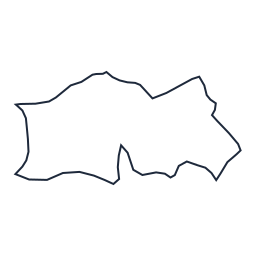 Baucau, Natural Earth projection
{"feature_id": "TLS-546", "entity_name": "Baucau", "entity_type": "District", "adm_level": 1, "iso_a3": "TLS", "parent_name": "East Timor", "parent_adm1": "", "projection": "natural_earth1", "projection_center": [126.475, -8.563], "detail": "fine", "context": "isolated", "style": "outline", "palette": "slate", "viewbox_px": 256, "rotation_deg": 0, "n_neighbors": 0, "source": "natural_earth", "source_scale": "10m", "svg_char_len": 877}
<svg xmlns="http://www.w3.org/2000/svg" viewBox="0 0 256 256"><path d="M15.9,104.6L20.4,104.0L35.5,103.7L49.0,101.5L55.9,97.5L70.7,85.4L81.4,81.9L92.5,74.7L96.2,74.0L102.9,73.8L106.4,72.0L112.5,77.1L119.6,80.4L127.4,82.3L135.2,82.9L140.1,84.9L152.5,98.4L166.3,93.0L192.1,79.0L199.2,76.7L204.3,85.4L206.7,95.1L210.4,99.6L215.8,103.3L214.9,109.9L212.0,115.1L217.1,120.8L228.9,133.1L238.1,144.0L240.6,150.4L236.5,154.3L227.4,162.1L220.4,173.7L216.2,180.1L211.5,173.0L205.4,167.7L197.7,165.3L186.8,161.5L178.8,165.9L174.8,175.1L170.5,177.5L164.9,173.7L156.1,172.4L142.4,175.0L133.3,169.8L127.6,152.7L121.1,145.3L118.8,155.5L117.8,167.2L119.1,179.0L113.4,184.0L104.7,180.0L93.9,175.6L79.5,171.9L62.9,173.0L47.0,179.9L29.1,179.5L15.4,174.1L22.4,166.6L26.3,160.4L28.5,151.8L27.9,139.0L26.8,127.3L25.9,118.2L22.4,110.5L15.9,104.6Z" fill="none" stroke="#1e293b" stroke-width="2"/></svg>